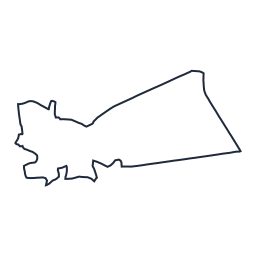 the district of As-Sweida, As Suwayda', Syria
{"feature_id": "27442178B49241886307156", "entity_name": "As-Sweida", "entity_type": "district", "adm_level": 2, "iso_a3": "SYR", "parent_name": "Syria", "parent_adm1": "As Suwayda'", "projection": "robinson", "projection_center": [36.721, 32.771], "detail": "fine", "context": "isolated", "style": "outline", "palette": "slate", "viewbox_px": 256, "rotation_deg": 0, "n_neighbors": 0, "source": "geoboundaries", "source_scale": "gbopen_adm2", "svg_char_len": 3660}
<svg xmlns="http://www.w3.org/2000/svg" viewBox="0 0 256 256"><path d="M191.7,70.8L190.3,71.7L184.1,74.5L179.8,76.3L175.6,78.2L170.7,80.5L166.2,82.6L161.8,84.6L157.3,86.6L152.5,88.7L147.4,91.0L142.5,93.2L137.0,95.7L132.6,97.9L123.4,102.1L118.6,104.3L114.0,106.4L110.0,108.9L107.8,110.4L107.5,110.6L101.6,114.7L99.1,116.5L97.7,117.4L93.4,121.7L93.1,123.0L92.1,123.9L89.4,125.2L86.4,126.6L84.4,125.7L81.6,123.8L79.0,123.0L73.3,120.5L71.3,119.7L67.2,119.4L66.0,119.3L65.3,119.3L64.8,119.3L63.8,119.2L62.9,119.2L62.3,119.2L60.3,119.3L59.5,118.2L58.4,117.4L57.2,117.5L56.5,117.4L56.2,117.5L55.8,117.5L54.8,114.3L54.8,113.1L54.8,112.0L54.9,110.3L54.9,109.8L55.0,108.5L55.0,107.2L55.0,105.8L55.4,103.6L55.4,102.1L53.8,101.3L51.9,100.8L51.1,101.2L51.0,101.3L49.9,104.4L49.6,105.3L49.4,106.1L49.2,106.7L49.0,107.3L48.8,109.2L48.5,109.3L47.7,108.9L46.4,108.1L45.0,107.4L44.1,106.9L43.2,106.4L42.4,105.9L41.2,105.4L37.4,103.0L33.1,101.3L30.3,101.1L28.7,101.3L26.5,102.3L23.9,103.3L22.0,103.8L19.0,104.2L18.1,104.1L18.1,104.3L18.1,104.5L18.1,104.8L18.2,105.1L18.2,105.4L18.2,105.7L18.2,106.0L18.2,106.3L18.2,106.6L18.3,107.0L18.3,107.7L18.5,109.5L18.6,110.6L18.7,111.2L18.8,111.9L18.8,112.2L18.8,112.5L18.9,113.2L19.0,114.4L19.4,116.7L19.4,117.3L19.6,118.1L19.7,118.9L20.2,122.4L20.4,124.1L21.0,125.3L21.1,125.6L21.3,125.8L21.4,126.0L21.5,126.2L21.5,126.3L21.6,126.5L22.1,130.0L22.5,133.8L22.2,134.2L21.3,134.1L20.4,134.2L18.9,134.6L18.7,135.6L18.5,136.8L18.3,137.7L18.1,138.5L16.5,141.2L15.9,142.1L15.4,143.0L15.8,143.5L16.0,143.8L17.0,144.3L18.3,144.5L19.9,146.3L20.9,146.2L22.1,146.2L22.5,146.0L23.0,147.4L23.3,147.7L23.4,147.8L23.5,147.9L23.6,148.0L23.8,148.3L24.0,148.5L24.5,149.0L26.4,149.5L28.1,150.2L29.9,151.0L32.6,151.9L35.4,153.8L37.1,155.5L37.3,157.6L37.1,159.4L36.1,161.5L34.8,162.5L30.5,163.0L28.6,163.6L24.0,165.9L24.0,168.1L24.9,172.2L24.9,172.7L24.9,172.8L25.0,173.7L25.7,176.1L26.6,177.7L28.5,178.0L31.8,178.1L36.7,177.8L37.0,177.7L38.6,177.7L40.1,177.6L42.7,177.4L45.5,178.1L47.0,180.6L46.0,185.2L46.8,184.9L49.0,183.8L50.8,182.2L51.8,181.3L52.7,180.5L54.9,179.7L56.7,178.6L58.1,177.3L58.9,176.7L58.8,173.5L58.2,171.4L57.8,170.0L58.0,168.5L62.2,167.7L66.3,165.9L66.8,166.8L66.9,170.2L66.7,172.1L66.1,175.3L65.5,176.8L65.4,178.9L68.3,178.8L71.9,178.6L75.4,177.7L75.5,177.6L76.4,177.4L76.5,177.4L77.3,177.1L77.8,177.0L79.2,176.6L80.4,176.8L82.4,177.0L83.2,177.0L84.0,177.1L84.3,177.1L86.1,177.2L87.5,177.2L91.5,178.8L94.2,181.3L96.1,178.4L96.3,178.1L96.7,177.4L96.8,177.4L96.2,175.2L95.6,173.3L94.2,169.1L93.4,167.4L92.9,166.7L92.6,165.8L92.6,165.6L92.8,164.7L93.0,162.8L93.2,161.1L93.2,160.6L95.8,161.4L97.0,161.8L98.6,162.5L101.3,163.6L104.7,165.4L107.5,166.8L109.7,165.8L110.4,165.5L113.0,163.2L115.2,160.3L117.5,159.9L118.9,159.6L119.7,160.1L120.6,160.7L121.3,162.2L121.4,162.4L121.7,166.6L123.8,166.5L126.3,166.5L127.1,166.5L131.3,166.6L137.4,165.9L142.4,165.2L146.7,164.5L152.5,163.7L157.8,163.0L162.5,162.3L166.1,161.8L168.0,161.5L169.7,161.3L172.7,160.8L178.4,160.1L184.1,159.3L185.6,159.1L189.4,158.5L194.1,157.9L194.9,157.8L200.3,157.0L206.1,156.2L210.2,155.6L211.2,155.5L212.1,155.3L217.0,154.6L223.3,153.6L229.4,152.9L235.7,151.7L238.6,151.6L239.5,151.6L240.5,151.2L239.8,149.8L238.5,147.8L238.4,147.5L236.6,144.6L233.2,139.1L232.1,137.3L230.8,135.2L229.7,133.6L227.1,129.3L223.5,123.6L220.7,119.1L219.0,116.5L215.8,111.1L212.3,105.6L209.8,101.5L208.1,98.5L205.8,94.9L204.7,92.0L204.1,90.0L204.0,88.3L203.7,86.0L203.7,84.9L203.4,80.8L203.4,80.2L203.4,79.0L203.5,77.9L203.5,75.9L203.6,73.3L202.0,72.3L199.6,71.4L197.3,71.2L196.8,71.1L195.9,71.1L192.7,70.9L192.1,70.9L191.8,70.8L191.7,70.8Z" fill="none" stroke="#1e293b" stroke-width="2"/></svg>